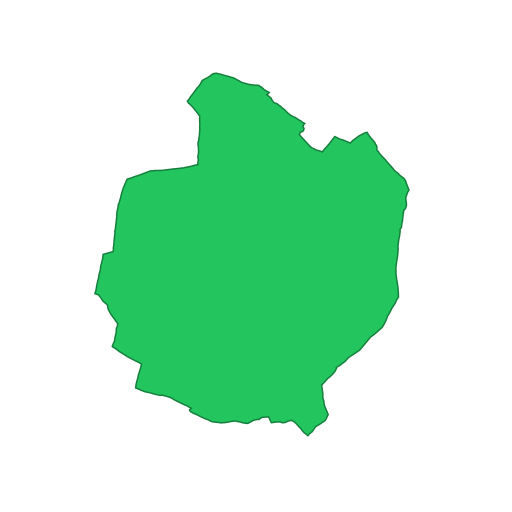 the district of Vegårshei nor, Aust-Agder, Norway, rotated 164°
{"feature_id": "86288312B64085971286736", "entity_name": "Vegårshei nor", "entity_type": "district", "adm_level": 2, "iso_a3": "NOR", "parent_name": "Norway", "parent_adm1": "Aust-Agder", "projection": "mercator", "projection_center": [8.831, 58.755], "detail": "fine", "context": "isolated", "style": "filled", "palette": "green", "viewbox_px": 512, "rotation_deg": 164, "n_neighbors": 0, "source": "geoboundaries", "source_scale": "gbopen_adm2", "svg_char_len": 6038}
<svg xmlns="http://www.w3.org/2000/svg" viewBox="0 0 512 512"><g transform="rotate(164 256 256)"><path d="M378.3,334.7L379.0,332.2L379.2,331.6L379.8,330.4L382.5,323.7L383.2,322.2L383.5,321.3L383.8,320.8L384.0,320.1L385.0,318.7L384.8,318.5L384.8,318.3L385.0,317.7L386.5,313.9L387.1,312.7L387.5,311.2L388.2,310.1L388.1,309.7L388.5,308.9L388.7,308.2L389.1,307.4L389.9,305.2L390.6,303.8L391.0,302.7L391.5,300.9L392.2,299.6L402.6,299.7L402.9,298.6L404.8,294.5L405.2,293.8L405.5,293.4L406.3,291.9L407.2,290.6L408.1,289.0L408.9,287.0L409.7,285.2L411.4,282.4L411.8,281.9L414.0,277.1L414.6,276.4L417.1,271.8L418.4,269.1L419.3,267.0L420.3,265.7L421.2,264.2L418.6,262.3L417.9,261.9L417.3,260.0L416.7,258.6L416.0,256.4L415.4,254.5L413.0,251.0L412.3,249.9L412.6,247.6L412.7,246.8L412.7,245.4L412.2,242.9L411.7,240.7L411.0,238.5L407.5,229.0L407.8,228.6L408.7,226.6L410.3,224.7L411.3,221.6L412.0,220.1L414.1,216.3L414.9,214.4L415.5,213.2L416.3,212.2L417.5,210.9L419.1,208.7L418.9,208.2L416.7,205.9L413.5,201.6L410.8,198.6L408.9,196.6L407.4,194.7L406.7,194.1L403.6,191.1L398.4,186.3L397.6,185.5L395.8,183.9L396.8,181.9L398.3,179.4L401.8,174.1L403.0,171.8L406.2,166.5L408.1,162.4L404.4,159.5L403.9,158.9L402.2,157.7L401.0,156.7L399.2,155.6L395.5,153.7L395.0,153.3L391.8,151.3L387.4,148.9L386.6,148.5L384.5,148.0L383.1,147.2L381.1,146.1L377.5,143.7L376.3,142.6L373.8,139.9L365.2,132.1L363.6,131.1L361.7,128.9L360.1,127.5L362.3,126.4L362.1,124.9L359.8,122.3L356.2,119.4L353.8,117.1L350.5,114.2L346.2,111.0L346.0,110.6L344.2,109.0L342.5,108.1L341.2,107.8L340.5,107.3L337.4,106.1L335.2,105.0L334.2,105.2L333.0,104.6L327.6,103.9L325.9,103.9L321.3,103.1L319.3,101.9L316.6,100.6L315.1,99.5L312.4,98.2L309.9,97.3L309.4,97.4L308.4,97.8L306.7,98.0L305.2,98.4L303.1,98.7L299.7,98.6L298.5,98.0L295.6,99.0L294.3,99.2L291.0,98.4L288.2,97.9L287.2,91.5L282.7,90.9L280.4,90.4L277.9,89.5L277.2,88.8L276.3,88.3L273.6,87.9L272.5,88.1L272.0,88.3L269.9,88.4L267.3,88.2L266.3,87.4L265.2,86.3L264.0,84.6L263.0,82.7L261.6,79.6L260.6,78.0L259.8,75.7L258.4,72.7L257.6,71.9L256.4,70.2L256.0,69.3L255.6,69.0L254.9,69.3L253.9,70.3L252.4,70.8L251.6,71.3L250.6,71.5L245.6,75.6L242.1,76.4L235.1,78.7L233.5,80.1L230.3,83.7L231.4,93.0L231.3,94.1L231.3,94.9L231.2,96.3L230.7,97.5L230.9,98.7L230.9,99.5L230.8,100.2L230.8,101.8L229.8,104.6L228.9,110.9L228.4,113.9L225.0,115.8L220.9,118.5L218.5,119.4L216.6,120.3L213.6,122.1L211.7,123.5L210.6,124.8L209.7,125.5L209.6,126.5L208.6,127.0L208.3,127.0L207.0,127.5L206.3,127.5L199.7,130.0L195.0,132.9L187.2,135.3L182.2,137.0L167.9,146.7L166.8,147.0L164.6,147.8L156.1,151.7L154.3,152.7L151.8,155.0L151.0,155.9L150.5,156.4L149.0,158.0L147.1,160.5L146.0,162.2L145.1,162.8L142.6,165.2L140.0,168.1L136.1,171.5L135.0,172.5L133.7,174.1L133.6,174.5L130.4,177.1L129.3,181.4L128.0,187.8L127.8,190.3L127.6,191.3L127.5,192.3L127.1,195.7L126.4,200.0L124.8,205.9L124.2,207.7L123.7,208.7L121.7,213.3L120.2,216.3L119.9,217.2L119.3,218.4L118.2,221.4L117.1,224.9L116.9,226.1L116.6,226.9L114.4,232.1L112.5,235.6L111.3,238.4L110.7,239.9L110.2,241.9L108.4,243.3L106.8,247.1L105.5,249.4L103.0,255.6L101.5,258.8L101.3,259.1L99.3,260.3L98.2,262.0L97.5,263.1L97.0,264.6L96.2,270.0L96.0,270.6L95.1,272.2L92.1,276.1L90.8,277.1L91.5,285.1L91.5,287.1L92.2,289.3L92.4,289.9L92.7,290.4L93.3,291.0L95.3,293.7L96.0,294.7L96.3,295.8L99.1,299.6L100.7,303.4L101.9,305.8L102.2,306.6L102.6,307.2L104.3,310.8L104.9,312.2L105.1,313.0L105.9,314.2L106.2,314.9L107.3,316.9L108.3,319.1L109.3,321.2L109.5,322.6L110.7,324.4L110.5,325.1L110.0,326.4L109.7,328.0L109.8,329.2L110.0,329.8L110.3,330.4L110.5,331.2L110.4,332.0L112.5,336.9L113.2,338.1L113.4,338.9L114.1,340.5L114.3,341.3L114.8,341.8L114.7,342.5L115.0,343.8L115.2,344.3L117.0,344.4L122.8,343.3L124.7,342.8L127.6,341.6L130.3,340.7L131.8,340.0L134.3,338.6L137.4,341.2L140.9,343.9L143.2,345.2L145.2,347.2L147.4,349.1L155.2,343.3L155.8,343.0L156.8,342.2L160.4,340.1L163.5,337.8L165.4,339.2L168.7,341.2L172.7,344.8L173.8,346.5L180.7,360.2L180.8,360.5L180.4,361.1L179.6,362.4L179.4,362.6L179.1,362.8L176.7,362.8L176.1,363.5L175.7,363.6L175.5,364.1L175.2,364.6L174.7,365.1L174.8,366.0L175.1,367.0L175.2,367.7L174.9,368.0L174.6,368.2L173.7,369.3L173.3,369.6L172.6,370.0L174.5,371.7L175.6,373.4L176.9,374.6L178.4,376.3L179.5,377.7L180.6,378.8L181.8,379.6L183.8,381.6L185.8,384.3L188.0,388.4L189.8,390.9L190.7,392.4L191.1,393.2L192.1,394.2L193.6,396.3L194.3,397.0L195.7,397.8L196.5,398.6L197.5,400.8L197.7,402.4L198.1,403.9L199.7,406.0L200.5,407.3L201.1,408.0L198.2,409.5L198.8,410.2L199.4,410.6L200.3,411.6L201.2,412.3L201.3,412.5L201.4,412.8L201.9,413.0L202.5,413.9L203.1,415.2L203.6,415.7L204.0,416.7L204.3,417.0L204.8,416.9L206.1,419.2L209.9,420.5L215.3,422.8L221.6,426.6L223.1,428.0L223.8,428.9L225.0,429.9L227.3,432.3L228.1,432.9L228.8,433.7L230.4,434.5L232.3,435.8L238.5,439.5L239.9,440.5L242.2,441.7L243.4,442.5L244.2,442.7L246.4,443.0L247.5,442.9L252.2,441.1L259.2,439.6L262.2,436.6L263.4,435.6L264.8,434.5L266.5,433.7L267.9,432.5L268.1,432.2L268.9,431.6L269.3,431.5L269.6,431.1L270.9,430.1L275.0,427.2L276.6,425.6L277.7,424.9L278.2,424.4L279.3,423.8L279.0,423.4L279.0,422.5L278.8,421.7L278.6,421.2L278.1,420.8L275.8,416.7L271.5,406.1L272.4,403.3L273.1,400.9L273.2,399.8L273.5,399.2L273.9,397.3L274.5,396.0L274.6,395.5L274.8,394.6L274.9,393.7L275.2,393.3L275.8,391.1L276.5,389.7L277.5,386.7L278.7,384.5L279.2,382.9L279.9,382.0L280.4,381.1L280.7,380.2L281.0,379.2L281.3,377.8L281.2,377.3L281.5,376.1L282.6,371.7L283.1,370.4L284.6,367.4L284.9,364.5L285.0,364.1L285.8,362.7L286.7,359.9L290.9,360.1L295.1,360.2L300.5,360.7L301.6,360.6L303.5,361.2L304.1,361.1L307.0,361.7L307.8,361.7L311.1,362.4L322.7,364.2L330.0,366.1L332.7,366.5L333.5,366.9L342.3,366.3L343.3,366.0L344.0,366.1L348.2,365.8L350.0,365.8L353.8,365.5L354.4,365.4L358.6,365.4L361.9,361.6L365.2,357.4L368.0,353.1L370.3,349.0L371.2,347.6L373.1,344.6L373.6,344.0L374.1,343.7L374.4,342.7L374.6,342.4L374.6,342.2L374.9,341.5L375.1,341.3L375.2,340.9L375.3,340.6L375.5,340.4L376.0,339.4L377.2,337.3L377.7,335.9L378.3,334.7Z" fill="#22c55e" stroke="#15803d" stroke-width="1.5"/></g></svg>